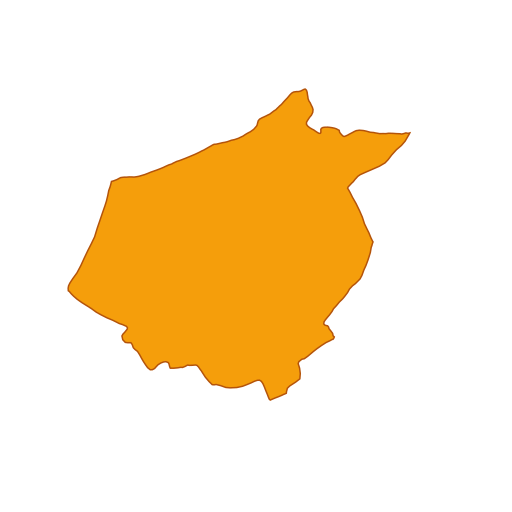 the district of Me Sang, Prey Vêng, Cambodia, rotated 249°
{"feature_id": "14789045B72609055314510", "entity_name": "Me Sang", "entity_type": "district", "adm_level": 2, "iso_a3": "KHM", "parent_name": "Cambodia", "parent_adm1": "Prey Vêng", "projection": "orthographic", "projection_center": [105.584, 11.344], "detail": "fine", "context": "isolated", "style": "filled", "palette": "amber", "viewbox_px": 512, "rotation_deg": 249, "n_neighbors": 0, "source": "geoboundaries", "source_scale": "gbopen_adm2", "svg_char_len": 4663}
<svg xmlns="http://www.w3.org/2000/svg" viewBox="0 0 512 512"><g transform="rotate(249 256 256)"><path d="M227.2,370.3L228.5,370.1L232.0,369.8L237.2,369.7L241.2,369.3L247.3,368.8L254.0,369.2L261.0,368.9L269.2,368.2L276.2,367.1L281.6,366.6L285.0,366.1L286.5,365.8L287.5,366.8L288.6,369.1L289.8,371.6L290.5,373.4L292.2,376.2L292.8,377.5L293.9,379.6L294.6,382.5L294.9,387.8L295.1,392.3L295.3,396.8L295.6,403.3L296.7,409.9L298.6,413.9L301.7,418.9L304.9,425.2L307.1,431.4L309.8,436.4L313.1,440.5L314.3,442.0L315.1,443.0L315.8,443.7L316.0,442.0L317.2,440.0L317.3,438.1L317.6,435.8L318.6,434.1L320.0,430.8L321.3,428.0L322.2,425.9L323.1,423.7L323.7,421.1L324.8,418.4L325.9,415.3L327.3,413.0L328.4,411.1L329.0,410.3L330.6,407.0L332.9,403.9L334.6,401.3L336.4,397.6L337.1,394.5L337.0,392.4L336.7,390.3L336.3,386.7L336.0,384.8L335.9,382.8L335.9,381.4L336.4,380.5L337.6,379.8L338.8,379.3L340.2,378.8L341.5,378.4L343.5,378.7L344.4,377.9L345.0,377.4L345.6,376.9L346.1,376.4L347.1,375.2L348.6,372.9L349.7,370.9L350.5,369.3L351.5,366.6L352.0,364.6L351.8,362.9L351.0,361.9L349.3,361.3L347.9,360.7L347.5,360.0L347.9,358.8L348.7,358.1L350.0,357.1L351.3,356.2L353.0,355.1L354.4,353.8L356.4,352.2L358.6,350.9L360.9,350.3L362.9,351.2L364.6,353.4L366.3,355.8L367.6,358.2L369.7,360.4L372.2,361.7L374.5,361.9L377.5,361.6L379.5,361.5L381.6,361.0L384.3,361.0L385.8,361.4L387.9,361.8L390.4,362.4L391.6,362.5L392.7,362.5L394.1,361.9L394.4,360.9L394.3,359.8L394.2,359.0L394.0,356.7L394.2,355.1L394.4,354.2L394.9,353.0L395.4,350.9L395.6,349.9L395.4,348.2L395.0,347.0L394.1,345.1L393.3,343.7L392.3,341.9L391.6,340.4L390.7,338.5L389.8,336.7L388.9,335.1L388.2,333.6L387.6,331.8L386.8,330.1L386.3,328.8L385.4,326.9L385.1,325.0L384.6,323.3L383.5,319.6L383.4,317.6L383.2,316.0L383.0,313.5L382.9,311.3L382.5,308.4L381.5,306.6L380.2,305.6L377.8,303.9L377.1,303.1L376.1,301.2L375.1,299.3L374.4,296.7L374.0,295.1L373.8,293.0L373.5,291.0L373.2,289.4L372.6,286.9L372.4,284.0L372.2,281.8L372.3,279.0L372.4,277.4L372.9,274.4L372.9,272.6L373.0,270.0L373.3,267.7L373.8,265.3L374.1,262.9L374.4,260.8L374.7,258.8L375.3,256.9L375.2,255.3L374.9,253.6L374.5,250.8L374.0,247.6L373.6,245.0L373.5,242.8L373.2,240.7L373.0,238.2L372.8,235.6L372.7,232.3L372.6,229.2L372.5,224.8L372.5,221.5L372.5,218.4L372.7,215.8L372.5,213.5L372.4,211.9L372.1,210.3L372.3,207.4L372.2,205.4L372.1,203.6L371.9,201.4L371.8,197.7L371.8,194.2L371.9,191.0L372.0,188.0L371.9,184.5L371.9,181.1L372.0,180.1L372.2,177.4L372.4,175.1L372.9,172.5L373.4,170.4L374.4,168.2L375.3,165.9L376.0,163.4L377.0,160.7L377.7,157.8L377.5,155.8L377.2,153.7L377.2,151.7L377.2,149.7L377.4,147.8L375.5,146.5L372.9,144.6L369.9,142.0L365.6,139.3L360.8,136.0L356.9,132.9L351.0,127.9L345.1,123.0L338.9,117.8L331.7,112.2L326.6,106.8L321.2,100.8L315.3,94.6L309.9,89.1L304.4,82.8L300.5,76.8L297.4,72.5L295.3,70.3L293.3,69.1L290.8,68.3L289.8,69.0L287.1,69.9L283.5,71.5L279.6,73.6L275.1,76.6L270.7,79.9L269.8,80.6L265.7,83.6L260.9,86.7L256.9,90.0L251.7,94.7L247.4,99.2L243.7,102.6L242.0,104.1L239.9,106.7L236.8,109.8L235.2,110.3L233.9,109.6L231.9,106.2L230.7,103.7L229.4,102.2L225.6,101.6L222.2,103.0L221.0,105.2L219.9,108.1L217.8,108.7L214.4,108.6L212.2,109.5L209.4,111.2L205.4,112.0L201.5,112.5L197.8,113.1L194.1,113.9L190.6,114.8L187.7,116.5L187.0,118.5L187.3,121.0L188.4,123.1L189.6,125.6L190.2,128.8L190.2,131.8L189.6,134.1L187.9,135.9L186.6,136.1L183.4,135.7L182.0,135.8L180.8,138.8L179.7,142.7L179.0,146.0L178.3,147.4L178.3,150.1L178.7,153.0L177.7,154.8L176.8,157.4L175.9,160.5L175.0,161.7L173.0,162.6L170.3,163.2L168.4,163.8L166.2,164.2L161.0,165.3L155.6,167.2L151.6,169.0L150.8,170.6L150.3,172.8L147.6,176.6L144.1,180.7L142.2,184.6L140.1,190.9L139.2,196.8L139.2,201.1L139.3,205.9L139.6,209.7L139.5,212.6L138.8,214.8L137.0,216.1L134.4,216.7L130.7,216.9L126.6,216.9L122.7,217.0L119.3,217.0L117.5,217.1L116.4,217.7L116.5,219.7L116.6,222.9L116.6,226.8L116.7,230.0L116.9,232.3L116.9,233.6L117.0,235.1L118.5,235.9L121.3,237.9L122.6,240.9L124.1,248.0L125.6,252.9L130.4,255.2L135.7,256.5L140.4,256.8L142.0,258.1L143.2,261.8L142.8,264.3L143.9,268.5L146.2,275.1L147.6,279.6L149.0,285.1L150.1,290.4L150.4,294.6L150.8,297.3L150.6,298.0L151.4,299.2L152.4,300.1L153.9,299.4L156.3,299.8L159.6,298.9L162.0,298.1L163.7,298.3L165.2,297.8L165.6,297.1L166.8,295.5L168.3,294.9L170.1,295.9L171.3,297.5L172.7,299.9L173.6,301.5L174.6,303.4L176.9,307.0L179.0,309.5L180.8,313.2L183.2,317.4L185.0,321.6L186.7,324.6L189.0,328.3L191.7,331.5L192.4,333.0L193.6,335.4L194.6,338.9L197.3,344.9L199.9,347.9L204.3,351.7L207.7,355.2L211.9,358.9L215.1,361.5L218.3,364.0L221.2,365.7L222.7,366.6L224.3,368.0L225.5,368.8L226.3,369.5L227.2,370.3Z" fill="#f59e0b" stroke="#b45309" stroke-width="1.5"/></g></svg>